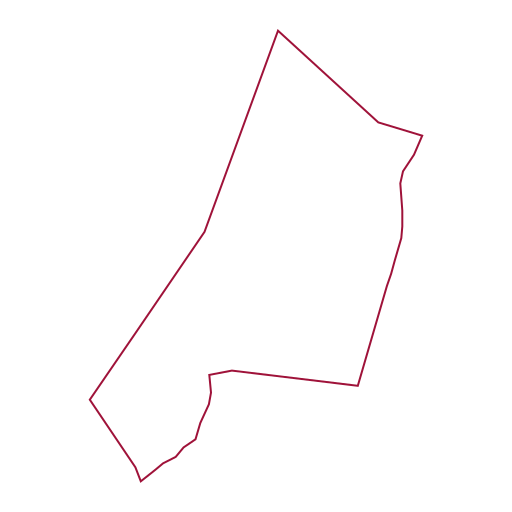 the district of Brejinho, Rio Grande do Norte, Brazil
{"feature_id": "56859067B50769639219683", "entity_name": "Brejinho", "entity_type": "district", "adm_level": 2, "iso_a3": "BRA", "parent_name": "Brazil", "parent_adm1": "Rio Grande do Norte", "projection": "robinson", "projection_center": [-35.382, -6.216], "detail": "fine", "context": "isolated", "style": "outline", "palette": "rose", "viewbox_px": 512, "rotation_deg": 0, "n_neighbors": 0, "source": "geoboundaries", "source_scale": "gbopen_adm2", "svg_char_len": 473}
<svg xmlns="http://www.w3.org/2000/svg" viewBox="0 0 512 512"><path d="M378.3,122.4L278.0,30.7L204.5,231.9L134.3,334.8L89.8,399.7L135.4,467.3L140.8,481.3L155.2,469.9L163.1,463.3L175.7,456.9L183.6,447.4L195.5,439.3L200.3,423.0L208.9,404.3L211.0,392.6L209.3,374.9L231.9,370.6L357.8,385.8L386.9,286.0L391.1,273.9L394.8,260.4L401.3,238.1L402.3,226.5L402.3,210.6L400.3,183.4L403.0,171.3L414.0,154.7L422.2,135.7L378.3,122.4Z" fill="none" stroke="#9f1239" stroke-width="2"/></svg>